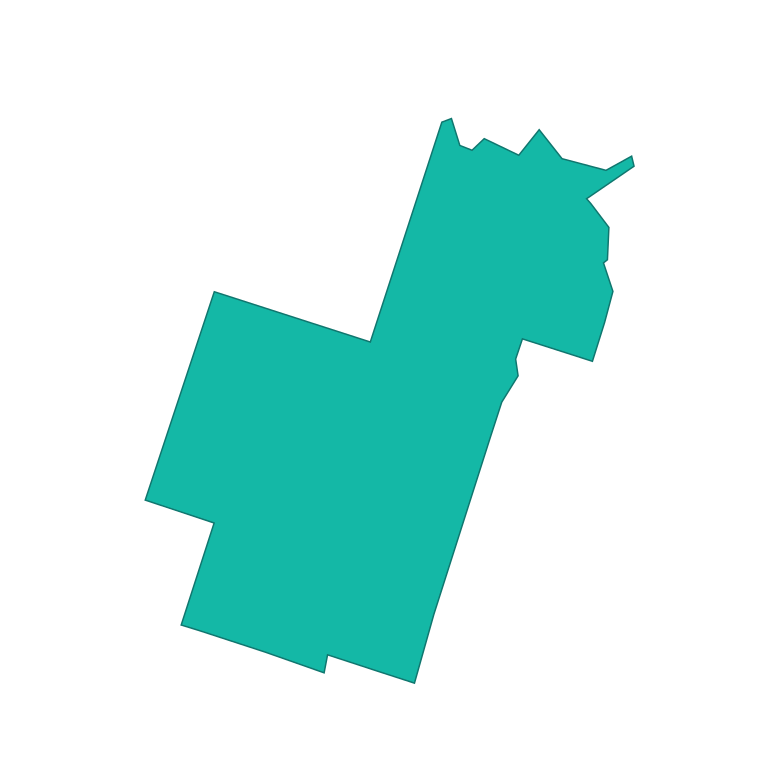 Clay, Mississippi, United States of America, rotated 288°
{"feature_id": "52423323B83760027582767", "entity_name": "Clay", "entity_type": "district", "adm_level": 2, "iso_a3": "USA", "parent_name": "United States of America", "parent_adm1": "Mississippi", "projection": "mercator", "projection_center": [-88.697, 33.659], "detail": "fine", "context": "isolated", "style": "filled", "palette": "teal", "viewbox_px": 768, "rotation_deg": 288, "n_neighbors": 0, "source": "geoboundaries", "source_scale": "gbopen_adm2", "svg_char_len": 611}
<svg xmlns="http://www.w3.org/2000/svg" viewBox="0 0 768 768"><g transform="rotate(288 384 384)"><path d="M470.0,575.2L510.5,574.8L542.8,573.1L567.0,555.3L571.2,558.1L602.4,549.5L619.6,524.8L622.8,519.4L668.4,554.5L677.2,549.1L655.8,529.1L653.3,483.7L673.8,453.0L643.2,441.5L648.3,403.5L633.5,395.5L634.3,382.4L657.3,366.1L650.9,358.1L419.7,358.0L419.3,194.1L199.8,192.8L199.3,265.4L92.1,265.6L92.4,284.0L92.3,354.0L90.8,416.3L109.0,414.0L108.9,466.9L108.9,505.4L180.4,502.6L366.7,501.6L403.2,501.6L433.2,509.0L448.4,501.5L469.7,501.7L470.0,575.2Z" fill="#14b8a6" stroke="#0f766e" stroke-width="1.5"/></g></svg>